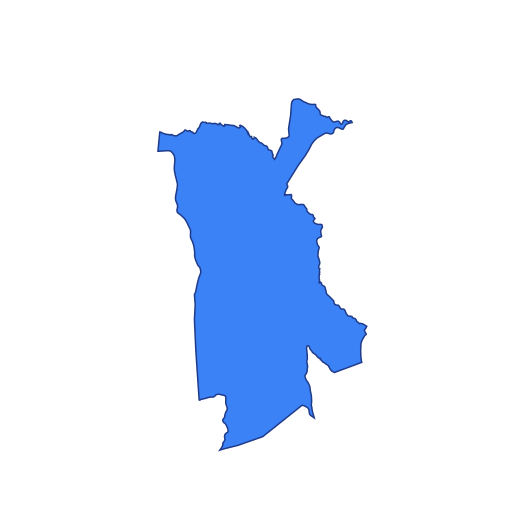 Lázaro Cárdenas, Tlaxcala, Mexico (Mercator projection), rotated 315°
{"feature_id": "50627088B94934519915903", "entity_name": "Lázaro Cárdenas", "entity_type": "district", "adm_level": 2, "iso_a3": "MEX", "parent_name": "Mexico", "parent_adm1": "Tlaxcala", "projection": "mercator", "projection_center": [-97.981, 19.536], "detail": "fine", "context": "isolated", "style": "filled", "palette": "blue", "viewbox_px": 512, "rotation_deg": 315, "n_neighbors": 0, "source": "geoboundaries", "source_scale": "gbopen_adm2", "svg_char_len": 6165}
<svg xmlns="http://www.w3.org/2000/svg" viewBox="0 0 512 512"><g transform="rotate(315 256 256)"><path d="M418.4,229.6L418.9,228.3L418.8,227.6L418.5,227.2L418.2,227.0L416.7,226.7L416.1,226.4L415.9,225.9L415.8,224.4L415.1,223.0L414.3,222.5L413.0,222.4L410.9,223.3L409.9,223.4L409.4,222.8L409.3,222.3L409.7,220.0L409.6,218.9L408.4,217.9L406.0,216.6L405.5,215.8L405.3,214.8L405.3,213.7L405.8,210.6L406.1,210.0L406.2,209.4L406.1,209.1L405.5,208.6L404.3,208.3L404.0,208.1L404.0,206.6L402.8,205.2L402.4,203.9L401.7,202.4L401.6,201.8L401.9,200.9L403.1,199.4L403.6,198.3L403.8,195.9L403.7,194.8L403.7,193.6L404.1,192.5L404.6,191.7L405.2,191.1L404.8,190.3L403.2,188.9L402.2,187.8L400.7,185.5L398.6,179.9L398.1,176.9L397.4,175.4L396.7,174.5L393.4,172.1L391.3,172.1L390.4,172.4L388.4,173.7L379.6,181.3L369.0,189.0L366.9,191.5L364.6,194.3L363.9,194.7L362.9,194.7L362.0,194.5L360.6,193.8L359.1,192.7L357.8,191.3L356.9,191.2L356.3,191.4L355.8,191.9L354.5,194.1L354.0,194.6L352.6,195.5L342.5,199.1L341.4,199.7L337.5,200.9L337.6,199.3L337.9,197.6L338.4,197.1L339.3,197.0L340.7,193.9L341.4,193.0L341.4,192.6L340.6,190.7L339.9,189.6L339.9,189.2L340.5,188.4L340.9,187.4L341.2,186.5L341.2,185.8L339.9,183.2L339.9,180.4L339.0,178.5L338.8,176.8L339.3,173.6L339.3,172.5L338.8,170.9L338.4,171.4L336.6,171.4L336.2,170.5L337.3,168.3L336.1,167.6L337.7,163.2L337.0,163.6L338.2,160.6L338.4,157.0L338.1,154.3L337.4,152.8L336.8,152.5L336.9,152.3L336.6,152.3L336.5,153.3L336.1,153.7L335.7,153.8L334.3,153.4L332.6,148.1L330.3,145.3L328.9,143.3L326.8,140.9L325.5,141.9L325.0,141.6L324.8,140.3L324.2,138.6L324.6,136.8L323.7,136.2L322.7,136.8L321.9,136.4L321.7,135.0L320.6,132.9L319.2,132.2L317.8,130.2L317.6,129.6L315.4,127.7L315.1,127.1L315.1,125.9L314.3,125.5L312.9,123.4L312.1,123.3L311.0,123.2L309.5,123.7L307.8,124.6L305.3,125.1L305.1,124.9L301.1,126.3L299.8,126.3L298.5,125.2L298.8,123.7L297.8,122.0L298.1,121.2L297.8,120.4L295.8,119.4L295.3,117.1L294.6,116.6L292.8,117.0L287.2,115.4L285.5,115.2L285.0,115.0L284.0,114.1L282.9,112.6L282.3,110.7L281.8,109.9L280.8,109.9L280.1,108.3L279.0,106.9L278.3,106.4L278.0,105.3L276.8,103.1L276.6,101.8L275.6,100.3L260.7,112.6L267.6,118.7L269.5,120.7L269.8,122.1L269.9,123.8L269.4,126.4L268.9,127.7L266.6,130.7L260.8,135.6L259.1,137.4L258.2,138.6L255.9,142.1L251.6,149.2L250.9,150.0L248.4,152.1L241.0,157.2L239.7,158.4L238.3,160.3L236.8,163.9L236.0,165.1L234.9,166.1L232.6,167.6L232.0,168.2L231.2,169.7L231.3,171.4L231.7,172.6L231.9,178.4L231.7,180.2L230.8,183.6L228.2,190.9L227.7,191.7L226.1,193.4L225.1,194.2L223.1,196.2L222.3,197.7L221.4,200.5L219.5,204.3L218.1,206.4L215.0,210.3L212.4,212.8L210.5,216.1L208.7,220.5L208.4,221.3L208.2,223.8L208.2,224.4L206.8,226.8L205.6,228.3L204.4,229.1L200.1,231.0L194.8,234.1L188.4,238.4L186.7,239.3L185.3,239.6L178.6,247.4L167.5,257.4L150.9,275.6L146.6,280.3L114.0,317.6L114.3,318.2L116.1,318.6L117.1,319.4L120.0,321.2L122.7,322.6L124.9,324.3L125.6,325.1L126.3,325.6L127.6,326.0L129.8,325.9L131.8,327.2L132.4,327.9L133.7,330.3L134.8,331.7L135.3,333.4L135.0,334.2L134.6,334.8L132.0,337.2L130.3,339.0L128.4,342.8L127.3,344.0L126.1,344.6L124.6,344.9L123.5,345.4L121.6,346.4L119.5,347.9L117.7,348.0L116.7,348.4L115.9,349.1L115.6,349.8L115.7,350.5L115.4,351.0L115.7,352.4L115.6,353.8L114.0,358.1L112.9,359.6L112.3,360.2L111.6,360.5L110.9,360.5L109.2,360.1L107.9,360.2L106.1,361.3L104.1,364.0L101.6,364.7L100.7,364.7L99.5,365.5L98.8,366.4L97.7,366.6L97.0,367.0L93.1,367.7L96.3,369.3L109.5,377.2L133.1,388.5L183.0,394.1L184.1,395.8L185.2,399.4L185.1,401.1L184.4,402.5L182.2,405.5L181.9,407.1L182.7,411.7L185.8,406.1L187.5,403.6L188.4,402.6L189.5,400.7L192.9,397.8L196.4,393.9L199.2,389.6L201.5,386.7L202.5,384.7L203.2,382.6L203.9,378.9L204.9,376.7L205.9,375.1L208.4,374.7L210.5,373.8L211.5,372.8L214.2,370.8L215.6,369.0L217.2,366.5L219.5,365.1L222.2,362.3L226.4,357.1L227.7,356.1L229.0,355.9L229.6,356.5L229.6,357.4L228.3,360.5L228.3,362.2L227.8,364.0L227.9,365.4L228.4,367.6L228.4,369.0L228.1,370.7L228.2,372.1L228.5,373.2L229.1,373.7L229.0,373.9L228.2,374.8L228.6,376.0L228.2,377.9L228.8,379.7L229.1,381.9L229.5,383.7L229.6,384.7L228.3,389.0L228.2,391.2L228.8,392.8L229.0,393.8L255.6,406.0L256.5,404.5L259.0,401.3L263.4,396.6L268.4,392.1L270.2,391.1L272.0,390.4L276.5,389.2L277.6,389.2L278.3,389.4L278.9,388.9L279.1,387.9L279.9,385.3L280.7,385.0L283.3,384.5L284.6,384.0L283.7,380.1L283.1,378.7L282.2,377.5L281.4,377.1L281.4,376.1L281.0,373.2L281.7,372.0L281.8,371.4L281.7,369.9L281.0,369.2L280.8,368.6L280.7,367.6L281.1,366.6L280.0,365.1L278.8,363.7L278.8,362.3L279.2,360.3L279.8,358.8L280.6,357.0L280.5,355.6L278.8,353.9L278.8,352.0L279.4,350.5L279.3,348.7L278.4,348.0L278.0,347.2L277.6,345.9L277.8,344.7L279.2,342.7L279.3,336.7L279.1,333.8L279.3,332.3L280.3,331.0L282.8,326.6L282.9,325.8L282.5,325.1L282.4,324.4L282.3,322.7L283.2,321.1L283.1,320.3L282.0,320.0L281.7,319.5L281.8,319.2L283.2,318.8L285.3,315.9L287.6,313.9L288.0,314.0L288.5,312.9L289.4,312.7L290.8,310.8L292.1,310.2L291.9,309.5L292.2,308.4L294.0,307.1L295.0,306.8L295.6,306.5L296.4,305.8L297.0,305.0L298.5,302.4L299.6,299.9L303.4,296.6L305.8,295.3L306.7,294.7L307.1,293.8L307.2,292.6L307.6,291.2L309.3,288.5L309.7,288.1L311.8,287.2L312.8,287.3L315.5,288.4L316.2,288.4L316.7,287.8L317.0,287.1L319.2,284.3L320.1,283.6L321.0,283.2L323.3,282.7L324.7,280.6L324.5,279.9L324.0,279.2L322.2,277.6L321.3,275.8L320.6,273.6L321.0,272.1L321.5,271.6L324.1,271.3L324.3,270.1L324.2,269.1L325.1,268.0L325.2,267.2L325.1,266.4L324.5,265.8L323.9,264.7L323.8,263.7L323.6,261.0L323.8,260.3L325.2,258.5L325.4,256.3L326.0,253.8L325.9,253.2L325.0,252.0L321.8,249.2L321.4,247.7L321.0,245.7L321.6,243.0L321.5,241.4L321.8,240.0L323.1,239.2L324.1,238.3L324.3,237.4L320.8,234.4L320.7,233.9L320.5,233.7L319.4,233.8L319.3,233.0L321.7,231.5L322.7,231.2L323.3,230.7L326.9,229.8L327.9,228.9L328.7,226.7L349.9,221.8L362.0,219.8L369.2,218.0L374.7,216.2L378.4,215.7L382.6,215.7L391.4,218.0L392.9,218.9L395.1,222.6L396.0,223.2L396.9,223.4L397.8,223.6L398.4,223.3L400.6,222.0L402.4,221.8L403.7,222.1L404.5,222.7L405.4,224.2L406.3,226.8L406.9,227.6L407.3,227.9L407.8,227.8L410.0,227.2L412.3,226.8L413.7,227.0L415.5,227.9L418.4,229.6Z" fill="#3b82f6" stroke="#1e3a8a" stroke-width="1.5"/></g></svg>